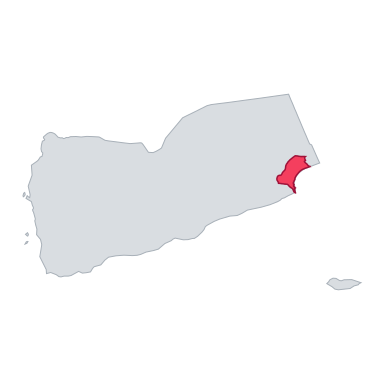 Al Ghaydhah, Al Mahrah, Yemen (highlighted)
{"feature_id": "15242507B66245697923351", "entity_name": "Al Ghaydhah", "entity_type": "district", "adm_level": 2, "iso_a3": "YEM", "parent_name": "Yemen", "parent_adm1": "Al Mahrah", "projection": "orthographic", "projection_center": [52.126, 16.264], "detail": "fine", "context": "in_parent", "style": "filled", "palette": "rose", "viewbox_px": 384, "rotation_deg": 0, "n_neighbors": 0, "source": "geoboundaries", "source_scale": "gbopen_adm2", "svg_char_len": 6680}
<svg xmlns="http://www.w3.org/2000/svg" viewBox="0 0 384 384"><path d="M319.7,163.0L305.5,168.3L301.8,170.6L298.4,173.5L295.8,177.0L294.0,183.3L295.4,189.1L295.3,192.2L291.6,194.2L288.2,195.7L284.3,197.9L282.0,198.5L280.1,200.3L277.9,201.5L270.0,204.7L261.2,207.2L247.4,210.1L242.0,213.3L237.2,215.5L229.8,216.1L219.6,219.1L213.9,221.5L206.9,225.4L205.3,226.7L204.0,229.6L201.9,232.2L197.6,236.3L194.4,238.4L192.3,238.5L188.1,239.6L183.3,239.8L175.1,238.1L173.0,239.1L171.2,240.7L164.9,243.5L158.4,249.1L153.7,250.5L146.0,252.1L140.7,254.4L137.1,255.3L132.5,255.6L124.0,255.2L116.0,255.8L108.5,257.2L104.9,260.1L100.8,264.9L94.2,266.7L92.6,268.4L90.5,271.9L86.3,272.7L82.4,273.1L78.6,271.4L71.1,275.5L68.3,276.1L64.1,276.1L61.0,276.9L58.9,276.6L56.3,274.7L50.7,272.5L46.5,273.6L46.2,269.5L39.8,256.7L41.6,245.8L41.7,244.3L40.5,239.4L36.6,234.7L36.9,229.1L35.7,225.0L34.8,220.8L35.2,219.7L35.3,218.7L33.5,212.2L32.8,210.9L32.6,209.6L33.4,208.6L33.4,207.4L32.4,205.4L31.4,201.6L26.0,198.4L27.2,195.7L28.2,196.7L29.7,197.6L30.0,195.8L30.1,194.5L28.2,186.1L32.1,175.2L31.4,165.2L36.8,161.4L38.1,160.3L38.9,159.2L40.3,157.0L42.0,156.4L42.7,154.0L42.7,152.8L41.6,151.7L41.0,148.9L41.4,145.4L41.7,143.9L42.4,141.2L44.3,140.3L44.7,139.5L43.4,137.8L43.6,136.8L46.8,134.0L48.0,133.2L50.1,132.4L51.6,132.5L53.4,133.1L55.0,134.0L56.5,135.5L58.0,137.2L60.5,137.9L62.3,137.8L63.6,138.6L64.8,138.3L66.2,137.5L68.4,137.6L70.3,136.7L75.9,136.5L81.2,137.0L86.8,136.4L92.3,136.6L97.9,136.9L99.1,137.0L100.3,137.6L105.0,140.3L108.5,140.9L115.7,141.8L123.4,142.8L130.1,143.6L135.7,143.2L140.4,142.8L141.7,143.0L143.1,144.6L145.8,148.5L148.4,152.3L153.1,152.6L156.1,151.3L159.5,149.4L161.5,148.0L164.0,142.0L165.6,138.2L169.2,133.9L172.2,130.3L176.1,125.6L178.3,123.0L182.6,117.8L186.6,115.8L194.4,112.0L202.0,108.2L207.0,105.7L211.2,104.6L218.2,103.7L226.5,102.7L234.7,101.6L243.5,100.4L253.3,99.1L260.1,98.2L268.6,97.0L275.7,96.0L282.1,95.1L288.6,94.2L289.8,97.2L291.0,100.1L292.3,103.0L293.5,105.9L294.7,108.9L296.0,111.8L297.2,114.7L298.4,117.6L299.7,120.6L300.9,123.5L302.1,126.4L303.4,129.4L304.6,132.3L305.9,135.2L307.1,138.1L308.4,141.1L309.6,143.9L311.6,144.9L312.8,147.6L314.5,151.4L316.2,155.3L317.9,159.1L319.7,163.0ZM339.5,280.5L341.3,280.8L344.0,279.8L351.7,279.6L361.0,282.7L359.2,283.6L358.2,284.8L354.1,285.9L350.1,288.5L338.3,289.8L334.9,289.1L332.0,286.7L326.8,283.6L328.8,281.6L329.3,280.6L330.0,279.7L333.0,278.2L336.0,278.4L339.5,280.5ZM28.1,235.5L27.7,236.1L27.2,235.9L25.5,234.3L27.5,232.7L28.4,234.3L28.1,235.5ZM24.2,196.2L23.3,196.8L23.0,195.7L23.7,193.2L24.7,192.5L25.2,194.4L24.8,195.4L24.2,196.2ZM26.9,243.3L25.0,244.1L26.3,241.8L27.7,241.4L28.0,241.5L26.9,243.3Z" fill="#d9dde1" stroke="#a8b0b8" stroke-width="1"/><path d="M286.4,164.3L286.3,164.5L286.2,164.8L286.1,165.2L286.0,165.4L285.9,165.5L285.8,165.8L285.7,166.4L285.6,166.8L285.6,167.1L285.6,167.3L285.6,167.6L285.5,167.8L285.5,168.1L285.4,168.6L285.3,169.0L285.1,169.6L285.0,169.8L284.8,170.0L284.6,170.3L284.4,170.5L284.1,170.8L283.8,171.1L283.4,171.5L283.0,172.0L282.5,172.5L282.4,172.8L282.2,173.3L281.9,173.9L281.7,174.2L281.5,174.5L281.3,174.7L281.1,175.0L280.9,175.2L280.8,175.3L280.6,175.3L280.0,175.3L279.9,175.3L279.5,175.3L279.1,175.4L278.8,175.5L278.7,175.5L278.4,175.7L278.0,175.9L277.7,176.3L277.5,176.5L277.3,177.1L277.0,178.0L276.9,178.3L276.9,179.5L277.0,180.0L277.2,180.4L277.2,180.5L277.9,181.5L278.1,181.9L278.2,182.0L278.3,182.1L278.3,182.4L278.4,182.6L278.4,182.9L278.4,183.1L278.5,183.3L279.2,183.3L279.7,183.4L279.8,183.4L280.3,183.5L280.5,183.5L280.8,183.5L281.2,183.6L281.5,183.7L281.8,183.7L282.0,183.7L282.4,183.8L282.7,183.8L283.0,183.8L283.3,183.8L283.5,183.9L284.1,184.0L284.4,184.0L284.6,184.1L284.9,184.1L285.1,184.1L285.4,184.1L285.5,184.2L286.1,184.2L286.5,184.2L287.2,184.3L287.4,184.4L287.7,184.6L288.2,185.0L288.3,185.1L288.6,185.5L288.9,185.9L289.4,186.4L289.8,186.7L290.0,187.0L290.3,187.3L290.6,187.5L291.4,187.9L291.8,188.2L292.1,188.4L292.3,188.6L292.6,188.9L292.9,189.4L293.0,189.7L293.1,189.8L293.2,190.1L293.4,190.5L293.5,190.7L293.6,191.1L293.8,191.6L293.9,191.8L294.1,191.9L294.3,192.1L294.5,192.3L294.7,192.5L294.8,192.5L295.1,192.7L295.4,192.9L295.5,192.9L295.5,192.7L295.4,192.5L295.3,192.4L295.3,192.2L295.2,192.0L295.1,191.9L295.1,191.7L295.0,191.3L295.0,191.2L294.9,191.0L294.9,190.9L294.8,190.7L294.7,190.3L294.7,190.1L294.7,189.8L294.6,189.7L294.6,189.4L294.5,189.2L294.4,189.1L294.5,188.9L294.5,188.7L294.8,188.5L294.9,188.4L294.7,188.4L294.6,188.2L294.8,188.0L294.8,187.9L294.7,187.9L294.6,187.7L294.5,187.4L294.8,187.4L294.7,187.3L294.7,187.2L294.5,186.9L294.2,186.7L293.8,186.5L293.7,186.4L293.6,186.2L293.7,185.9L293.6,185.7L293.7,185.4L293.7,185.2L293.8,185.1L293.7,185.0L293.7,184.9L293.8,184.8L293.8,184.7L293.9,184.4L293.7,184.4L293.7,184.5L293.4,184.8L293.5,184.7L293.7,184.4L293.8,184.4L293.7,184.2L293.4,183.9L293.4,183.7L293.3,183.4L293.3,183.2L293.3,182.9L293.4,182.6L293.5,182.2L293.7,181.9L293.9,181.5L293.9,181.4L294.0,181.0L294.2,180.7L294.3,180.4L294.4,180.2L294.5,180.1L294.6,179.9L294.7,179.7L294.8,179.5L294.8,179.4L294.9,179.1L294.9,178.6L294.9,178.4L294.9,178.2L295.0,177.9L295.1,177.7L295.3,177.5L295.5,177.1L295.7,176.5L295.8,176.4L295.9,176.2L296.1,175.9L296.4,175.5L296.5,175.3L296.6,175.2L297.0,174.5L297.2,174.4L297.4,174.1L297.7,173.8L298.0,173.4L298.4,172.9L299.0,172.2L299.8,171.4L300.4,170.9L300.9,170.5L301.2,170.2L301.9,169.8L302.4,169.5L303.0,169.2L303.9,168.8L304.8,168.4L305.7,168.1L306.1,167.9L306.8,167.8L307.5,167.5L308.2,167.2L308.6,167.1L308.8,167.0L309.0,167.0L309.3,166.8L309.7,166.6L309.8,166.5L310.0,166.5L309.8,166.2L309.7,166.2L309.3,166.3L309.1,166.3L308.9,166.3L308.7,166.2L308.5,165.9L308.3,165.6L308.2,165.6L307.9,165.4L307.6,165.0L307.3,164.5L306.8,164.0L306.7,163.8L306.6,163.7L306.4,163.5L305.8,163.2L305.4,162.8L305.1,162.4L304.8,162.2L304.7,162.1L304.5,161.7L304.4,161.6L304.5,161.3L304.5,161.2L305.3,160.6L305.5,160.5L305.5,160.4L305.5,160.2L305.2,159.7L305.0,159.4L304.9,159.2L304.8,158.7L304.6,157.8L304.6,157.7L304.6,157.3L304.8,157.1L305.0,157.0L305.2,156.8L305.4,156.6L305.1,156.6L304.7,156.5L304.0,156.5L303.4,156.5L302.2,156.5L301.7,156.5L301.4,156.6L301.2,156.5L300.8,156.5L300.4,156.5L300.1,156.4L299.9,156.4L299.1,156.3L298.7,156.3L298.6,156.2L298.2,156.1L297.8,156.1L297.5,156.0L297.2,155.9L296.5,155.9L295.9,155.9L295.7,155.8L295.3,155.8L295.1,155.9L294.9,156.0L294.2,156.5L293.8,156.8L293.5,157.1L293.2,157.2L292.6,157.7L292.1,158.1L291.7,158.4L291.2,158.8L290.8,159.2L290.2,159.6L289.7,160.1L289.0,160.9L288.2,161.7L287.8,162.2L287.8,162.3L287.7,162.4L287.4,162.9L287.3,163.2L287.1,163.3L286.9,163.6L286.5,164.1L286.4,164.3Z" fill="#f43f5e" stroke="#9f1239" stroke-width="1.5"/></svg>